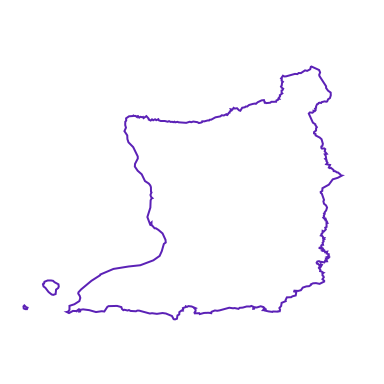 Bulukumba, Sulawesi Selatan, Indonesia (Equal Earth projection), rotated 100°
{"feature_id": "22746128B72639885395673", "entity_name": "Bulukumba", "entity_type": "district", "adm_level": 2, "iso_a3": "IDN", "parent_name": "Indonesia", "parent_adm1": "Sulawesi Selatan", "projection": "equal_earth", "projection_center": [120.241, -5.484], "detail": "fine", "context": "isolated", "style": "outline", "palette": "violet", "viewbox_px": 384, "rotation_deg": 100, "n_neighbors": 0, "source": "geoboundaries", "source_scale": "gbopen_adm2", "svg_char_len": 5880}
<svg xmlns="http://www.w3.org/2000/svg" viewBox="0 0 384 384"><g transform="rotate(100 192 192)"><path d="M128.4,267.2L130.9,269.7L133.1,269.2L134.4,269.9L137.7,269.4L140.1,268.2L143.8,269.1L147.5,265.6L151.1,264.8L154.1,263.2L158.0,257.7L166.4,251.6L168.5,251.2L174.2,253.0L176.9,252.7L180.5,249.2L183.3,244.6L189.4,240.2L191.2,236.0L192.8,234.2L194.4,233.3L199.0,232.4L199.4,231.8L202.1,232.4L204.0,231.4L204.9,230.0L205.3,230.7L207.3,231.3L214.6,230.3L224.4,231.6L231.6,227.4L231.7,226.8L230.0,227.4L229.0,226.6L231.2,226.3L234.2,222.6L234.0,221.3L235.2,218.4L237.9,213.8L243.7,209.8L246.3,209.1L248.0,210.7L255.5,211.5L260.6,212.8L266.0,218.2L273.1,230.2L276.4,241.6L281.4,256.0L289.2,268.0L289.9,268.0L296.9,275.6L307.2,284.3L310.5,286.4L311.8,286.4L313.7,284.6L315.7,283.6L319.0,284.0L323.0,288.4L325.4,292.9L329.3,292.2L331.5,293.4L331.9,294.5L332.6,292.1L329.8,288.6L329.3,285.0L329.9,284.0L329.1,284.9L327.1,283.0L327.4,281.6L329.0,281.5L329.8,283.3L329.0,281.4L327.4,281.4L326.5,278.9L326.2,272.7L326.9,265.7L325.1,260.3L324.9,257.6L319.8,255.4L318.9,254.3L317.2,246.1L317.6,241.6L319.3,240.7L320.3,239.1L319.7,238.1L319.9,234.8L319.2,233.6L319.8,231.9L319.2,226.5L318.3,225.3L318.0,223.4L319.0,212.4L318.3,210.3L318.1,205.4L316.3,200.0L316.2,196.6L317.6,190.2L320.4,188.0L320.4,186.6L319.4,184.8L316.1,184.9L314.8,183.3L312.5,183.6L310.8,182.0L310.5,180.8L310.1,181.2L309.4,180.3L307.9,180.8L306.4,178.2L305.7,178.2L306.0,177.0L305.0,175.7L304.8,172.5L305.8,168.3L306.4,169.1L307.0,168.2L308.5,167.8L310.3,168.6L311.0,168.2L310.1,163.8L310.9,163.2L309.0,159.1L308.0,154.4L308.0,152.0L306.6,152.0L304.7,148.9L304.6,146.5L303.8,144.3L299.5,135.2L299.4,131.4L298.9,129.9L299.0,125.9L297.8,125.0L297.0,121.9L295.2,118.2L294.7,115.0L293.9,113.8L294.4,111.6L296.4,111.4L296.1,110.5L294.6,110.3L294.5,108.2L292.6,104.5L292.9,101.7L293.6,100.6L294.0,100.7L293.9,101.2L294.7,100.7L296.0,101.5L295.9,100.8L294.6,100.3L294.5,99.6L294.7,99.0L296.1,99.3L296.3,95.9L296.1,91.9L295.6,91.5L294.9,86.6L294.5,86.4L294.2,84.9L292.7,84.8L291.1,85.8L288.8,84.4L285.6,84.5L283.2,80.7L282.3,81.1L279.3,80.3L278.4,76.1L277.3,75.0L275.9,71.9L272.7,71.9L272.3,72.4L272.2,74.1L271.4,74.0L271.0,70.3L269.8,67.7L266.9,66.3L265.1,63.0L264.4,60.3L263.0,58.8L262.3,58.9L260.9,56.9L260.2,54.1L260.3,50.4L257.3,46.3L256.5,46.4L255.2,48.4L253.1,47.4L252.3,47.8L251.5,49.0L249.7,49.3L248.9,48.6L248.9,49.4L248.4,49.3L247.8,50.7L247.7,52.1L246.3,52.1L244.7,53.9L243.9,53.6L243.8,52.4L241.1,51.4L240.9,52.4L242.0,53.9L241.0,55.1L240.9,56.3L240.1,57.0L238.7,56.5L238.1,55.0L238.2,54.0L239.0,53.1L238.3,52.3L238.4,49.5L236.3,48.9L236.4,48.1L237.0,47.8L236.8,47.0L234.5,48.4L234.0,46.9L233.0,46.0L232.6,47.8L231.3,45.9L230.5,46.7L229.6,46.5L229.2,48.7L227.3,48.5L228.2,50.5L226.7,51.4L227.4,52.7L227.2,53.5L226.1,52.3L224.9,53.4L225.6,54.0L225.1,56.7L224.7,56.7L224.0,54.9L222.2,55.4L221.3,54.6L221.2,53.8L219.2,54.6L217.9,53.8L216.6,54.5L215.5,53.4L215.0,54.0L214.4,53.7L214.5,55.0L213.6,55.1L212.7,56.1L212.5,57.4L211.7,56.9L211.1,57.3L209.8,56.4L207.7,56.6L208.1,55.4L205.6,53.7L204.0,54.6L203.0,53.4L199.6,54.1L199.1,53.3L198.6,54.1L198.0,53.8L197.3,54.3L196.9,55.5L195.9,55.3L195.0,55.9L195.6,56.6L194.4,58.3L193.4,57.6L192.3,58.1L191.0,57.6L190.3,58.2L189.9,57.6L188.9,57.8L186.9,56.7L183.8,56.3L181.9,57.7L180.6,60.0L178.3,61.0L176.9,60.6L171.2,63.8L170.5,65.0L169.6,65.3L168.3,63.9L165.6,64.2L161.0,58.5L155.1,55.6L152.7,50.9L149.8,47.2L149.8,48.4L149.0,48.9L147.4,51.7L147.5,52.9L146.7,54.3L146.8,56.1L145.7,56.5L144.1,59.4L144.6,60.3L144.2,61.5L141.4,60.8L141.3,64.6L139.5,63.7L138.1,65.1L137.3,64.9L136.2,66.6L135.5,65.8L133.3,66.5L131.8,67.8L131.0,65.9L128.9,68.4L126.7,68.2L126.1,69.3L126.7,71.5L126.1,72.3L124.7,72.5L123.9,71.6L121.8,71.5L117.5,73.6L116.2,75.7L114.8,80.1L113.5,80.4L113.1,82.0L111.8,82.2L109.9,80.5L107.6,80.9L106.5,80.3L104.7,82.1L103.9,82.3L102.7,85.0L94.5,90.6L93.2,89.8L93.0,87.1L91.8,86.1L90.9,86.4L90.9,85.0L89.7,84.4L88.6,85.3L87.6,84.4L86.4,84.7L83.9,84.1L83.2,83.0L82.3,82.7L81.9,81.8L81.9,80.3L81.0,79.9L79.7,77.1L79.8,75.5L79.3,74.6L77.1,74.1L75.6,72.5L72.7,72.1L70.0,72.7L68.6,75.6L66.3,78.0L64.6,78.3L55.8,86.5L54.6,87.1L52.0,86.6L49.8,88.0L47.7,96.1L48.1,96.7L50.6,96.9L52.7,99.6L52.6,101.8L56.0,105.4L56.3,107.6L57.6,108.7L57.8,111.1L61.8,119.5L62.2,121.3L61.7,122.6L64.7,124.0L65.0,123.2L66.8,123.1L67.7,121.6L68.8,122.3L71.7,122.1L72.6,122.7L73.6,121.9L74.5,120.1L76.0,120.6L76.5,121.4L78.6,121.0L79.2,120.2L81.4,122.3L82.5,121.9L84.5,123.0L85.1,122.3L85.3,123.2L86.2,123.2L87.1,124.7L88.5,124.8L89.4,129.5L90.5,130.5L91.6,134.5L90.9,135.7L91.2,136.0L89.0,137.1L89.7,139.4L92.2,142.9L94.1,144.4L93.9,145.2L94.7,147.4L96.4,150.9L98.3,152.6L98.5,154.0L99.4,154.7L100.3,157.2L103.6,158.5L103.4,159.8L101.7,162.2L102.4,164.4L101.9,165.6L103.8,166.5L103.8,168.2L105.0,167.4L106.1,168.8L107.3,168.7L107.7,169.5L109.9,170.5L109.6,171.1L109.9,171.4L109.5,171.8L111.1,173.9L111.3,176.1L112.6,177.2L114.4,181.9L117.4,185.6L117.8,187.2L118.6,187.6L118.9,189.2L120.3,192.1L120.6,194.2L121.5,194.3L122.1,195.2L122.9,197.2L122.3,198.7L122.4,203.0L123.4,204.9L123.2,206.4L124.9,209.7L125.7,217.4L125.4,218.3L126.3,220.7L125.8,221.5L126.5,222.6L126.3,223.7L126.7,225.2L126.2,226.9L127.0,228.1L126.8,231.1L127.5,235.2L127.1,237.3L126.2,237.8L127.5,239.7L126.8,241.0L128.1,242.7L127.4,244.0L128.8,245.1L128.2,247.2L127.3,247.4L125.2,250.1L127.6,252.5L126.6,253.3L127.0,253.9L126.9,255.8L127.9,256.9L126.6,258.4L126.9,259.1L127.7,259.2L126.9,260.9L127.2,262.6L126.9,263.0L127.5,263.6L128.4,267.2ZM308.3,306.8L306.1,307.5L304.7,311.7L303.6,313.4L303.6,315.5L304.2,318.8L306.0,321.7L307.8,321.8L308.0,322.5L308.7,322.8L310.8,321.8L311.8,319.8L315.4,315.9L317.3,312.4L317.4,310.8L316.2,308.6L311.7,308.9L309.8,307.1L308.3,306.8ZM336.0,334.2L334.5,333.9L334.3,335.2L332.8,337.4L333.9,338.1L335.9,337.5L336.3,335.8L336.0,334.2Z" fill="none" stroke="#5b21b6" stroke-width="2"/></g></svg>